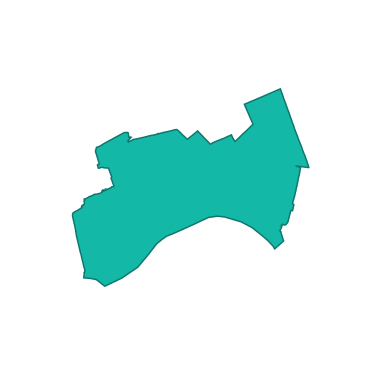 Gruia, Romania, rotated 311°
{"feature_id": "2599482B53836836172440", "entity_name": "Gruia", "entity_type": "district", "adm_level": 2, "iso_a3": "ROU", "parent_name": "Romania", "parent_adm1": "", "projection": "albers", "projection_center": [22.687, 44.297], "detail": "fine", "context": "isolated", "style": "filled", "palette": "teal", "viewbox_px": 384, "rotation_deg": 311, "n_neighbors": 0, "source": "geoboundaries", "source_scale": "gbopen_adm2", "svg_char_len": 5847}
<svg xmlns="http://www.w3.org/2000/svg" viewBox="0 0 384 384"><g transform="rotate(311 192 192)"><path d="M192.2,101.8L171.1,93.9L168.6,93.1L166.6,92.6L166.1,92.3L165.7,92.2L164.7,91.7L164.3,91.6L164.1,91.4L163.9,91.2L163.5,90.8L163.2,90.7L162.9,90.8L162.8,90.7L161.7,91.3L161.4,91.6L159.8,92.1L159.6,92.3L159.1,92.9L158.9,93.0L158.5,93.9L158.2,94.3L158.0,94.5L157.8,95.0L156.4,97.2L156.0,97.9L154.9,99.6L154.5,100.1L154.4,100.4L153.7,101.4L153.5,101.7L153.3,102.2L152.6,103.2L152.2,103.5L151.9,103.6L151.0,102.9L150.6,102.8L150.3,103.0L150.0,103.3L148.7,105.4L148.6,105.7L148.7,105.9L148.8,106.1L149.3,106.5L150.3,106.9L150.6,107.0L151.3,107.8L151.9,108.5L152.3,109.2L152.9,110.2L153.2,110.7L153.9,111.6L155.2,113.3L150.6,121.7L149.3,121.8L148.1,124.1L145.7,128.3L145.5,128.8L144.8,129.4L143.8,128.5L143.3,128.1L142.8,128.0L142.3,128.1L141.9,128.0L141.3,127.5L140.8,127.3L140.3,127.3L139.7,127.1L139.4,126.7L138.1,126.4L137.8,126.2L137.7,126.0L137.9,125.8L138.1,125.8L137.8,125.4L137.6,125.4L137.5,125.2L137.5,124.8L137.3,124.7L137.0,124.6L136.8,125.2L136.8,125.5L137.0,125.7L136.2,125.5L135.6,125.1L134.3,124.7L134.2,124.5L134.0,124.2L134.5,123.8L134.4,124.0L134.5,124.3L134.8,124.3L135.3,123.8L135.3,123.6L134.9,123.3L134.7,123.4L134.5,123.5L134.3,123.4L134.2,123.5L133.9,123.3L133.6,123.4L133.4,123.6L133.4,123.8L133.3,124.1L133.1,124.2L132.7,124.2L132.1,124.0L131.7,124.0L131.1,123.7L130.6,123.5L130.4,123.3L130.1,122.9L128.8,122.1L127.7,121.4L126.8,120.4L126.0,119.7L124.8,119.4L124.4,119.3L123.5,118.8L122.9,118.7L122.7,118.4L122.3,118.3L121.9,118.2L121.3,117.6L121.0,117.4L120.3,117.3L119.8,117.1L119.1,117.0L116.9,116.0L116.2,115.6L116.0,115.2L115.8,115.3L115.6,115.5L115.3,116.4L115.1,116.3L114.9,116.4L114.7,116.3L114.2,116.5L114.0,116.8L113.6,117.5L113.0,118.2L112.4,118.5L112.0,118.5L110.9,118.2L110.6,118.4L110.4,118.6L110.2,118.7L109.8,118.7L109.9,118.3L110.1,118.2L109.9,118.0L109.8,117.9L109.4,117.9L109.2,118.0L108.7,118.2L108.3,118.4L107.8,119.0L107.5,119.2L107.2,118.9L106.8,118.7L106.1,118.6L103.5,117.8L102.8,117.5L102.1,117.3L101.3,117.0L100.9,116.9L100.4,116.6L100.0,116.4L99.5,116.5L98.6,116.0L98.1,116.0L97.3,116.3L96.9,116.4L95.4,117.7L89.9,125.2L89.3,126.0L87.8,128.0L82.6,134.2L81.1,136.4L79.1,139.1L78.0,140.7L73.5,146.9L72.2,149.0L70.6,151.2L70.2,151.7L69.5,152.6L67.7,155.3L64.7,159.4L63.6,161.1L63.1,161.9L61.9,163.1L61.4,163.5L60.9,163.4L60.7,163.3L60.4,163.4L60.4,163.7L56.2,166.6L60.4,172.4L63.1,177.3L63.7,188.0L81.0,195.5L99.6,200.4L115.8,200.1L130.0,199.3L131.3,199.6L137.3,200.6L139.5,201.2L142.4,202.0L147.5,204.7L157.5,209.4L168.4,214.4L176.1,217.8L183.9,221.3L185.6,222.9L190.5,227.1L194.6,233.1L201.4,248.0L201.6,248.5L202.3,251.2L204.5,260.4L204.6,261.1L204.9,270.2L205.1,272.3L205.1,280.5L205.1,281.1L204.3,288.8L203.3,291.7L215.1,293.3L215.4,293.1L215.6,292.5L216.2,291.5L216.3,291.1L216.4,290.8L216.8,290.5L218.7,287.4L219.5,286.2L220.5,284.9L220.3,284.4L220.6,283.5L221.9,283.4L224.6,282.5L224.8,282.4L224.7,282.2L224.9,282.1L225.0,282.0L225.1,281.9L225.2,281.7L225.3,281.9L225.5,281.8L225.7,281.6L225.8,281.6L226.1,281.7L226.3,281.3L226.7,281.2L226.9,281.3L227.1,281.8L227.2,282.4L227.3,282.5L227.6,283.2L227.7,283.3L228.0,283.7L228.7,284.2L229.0,284.3L229.7,284.2L231.6,284.2L232.2,284.0L232.6,283.9L243.0,278.7L243.8,280.1L245.7,279.2L245.9,279.0L246.2,278.9L246.5,278.6L247.9,278.0L248.9,277.4L249.4,276.9L249.4,276.7L249.3,276.4L249.1,275.9L249.1,275.6L249.6,275.2L250.7,274.6L250.9,274.6L252.1,274.0L254.2,273.1L254.9,272.7L256.4,272.1L257.6,271.3L258.9,270.7L259.4,270.4L260.2,269.9L260.7,269.8L263.1,268.3L265.1,267.4L266.1,266.8L266.5,266.4L267.9,265.8L268.4,265.4L269.8,264.7L270.3,264.3L271.2,263.8L275.4,261.6L276.9,260.7L277.2,260.6L278.4,259.8L280.1,258.8L280.6,258.5L281.3,258.2L281.8,257.8L281.7,257.7L279.9,253.9L280.0,253.7L281.2,255.2L281.6,255.9L286.8,263.8L287.1,264.1L287.3,263.9L288.3,262.2L291.1,257.7L291.2,257.4L291.6,256.7L292.6,254.8L292.9,254.4L293.8,252.8L294.4,251.3L294.8,250.6L294.9,250.4L296.1,248.2L296.9,246.7L297.4,246.1L298.7,243.6L299.3,242.3L299.6,241.8L301.6,237.8L302.2,236.7L302.5,236.4L305.8,230.1L306.0,229.8L306.8,228.2L307.3,227.4L307.8,226.4L308.2,226.1L308.4,225.7L308.6,225.2L309.2,224.2L309.7,223.3L310.0,222.5L310.4,221.8L311.4,220.3L314.0,215.6L314.4,215.1L318.0,208.4L318.9,206.9L319.5,205.7L320.3,204.5L321.1,202.9L321.6,202.0L322.6,200.1L325.4,195.4L325.6,194.9L327.8,191.0L307.8,181.4L292.6,174.0L291.7,175.7L284.1,191.7L283.2,193.6L280.8,193.4L279.7,193.3L276.7,193.1L272.3,192.7L269.4,192.3L268.9,192.2L266.3,192.1L263.9,191.9L262.0,191.7L258.5,191.4L258.7,190.2L259.0,188.5L259.2,188.2L260.5,185.2L261.0,184.3L256.6,182.2L254.2,181.2L252.7,180.5L251.3,179.6L250.5,179.3L247.9,177.9L243.9,175.9L241.6,175.0L240.8,174.8L240.5,174.7L240.1,174.4L240.4,172.0L240.4,171.2L240.6,169.6L240.9,164.8L241.1,163.9L241.3,161.1L241.4,160.6L241.4,160.0L241.5,159.3L241.6,156.9L241.8,156.3L241.8,156.1L240.5,156.0L236.8,155.4L235.8,155.2L235.4,155.1L234.5,155.0L230.3,154.1L229.2,154.0L228.9,153.9L228.7,153.7L228.8,151.7L228.9,150.6L228.9,149.0L228.9,147.6L229.0,147.0L229.0,146.6L229.1,145.5L229.2,144.9L229.2,144.2L229.3,142.4L229.3,141.6L229.2,140.4L229.2,139.6L229.1,139.4L227.0,137.6L225.6,136.9L225.3,136.6L222.6,134.7L220.3,133.0L219.7,132.6L219.6,132.4L219.1,132.0L218.4,131.6L215.2,129.3L214.6,129.0L213.7,128.3L213.7,127.8L212.8,127.7L212.4,127.5L210.3,126.1L208.5,124.5L207.8,124.0L206.9,123.4L206.6,123.1L204.4,121.6L203.9,121.3L203.4,120.8L203.2,120.7L202.6,120.4L202.1,120.1L201.4,119.5L200.0,118.5L195.0,114.8L194.6,114.5L193.3,113.4L193.0,113.1L192.8,113.0L191.8,112.8L191.4,112.9L191.2,112.6L190.4,112.3L189.4,111.7L188.1,111.2L188.2,110.1L193.4,110.2L193.1,109.5L191.9,108.4L192.4,107.8L194.8,105.1L194.7,104.6L194.7,104.3L194.1,103.7L192.9,102.3L192.5,102.0L192.2,101.8Z" fill="#14b8a6" stroke="#0f766e" stroke-width="1.5"/></g></svg>